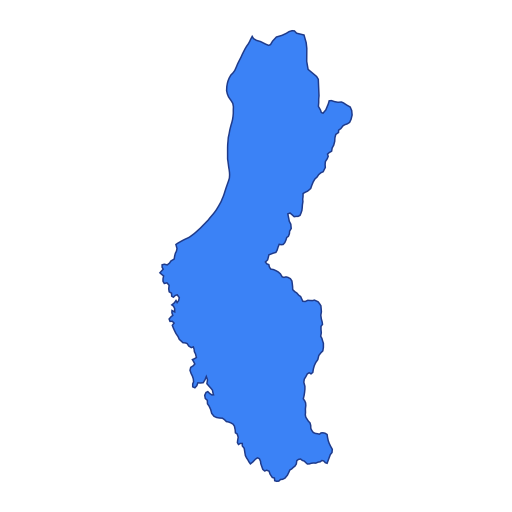 Barra do Ouro, Tocantins, Brazil
{"feature_id": "56859067B69652988679463", "entity_name": "Barra do Ouro", "entity_type": "district", "adm_level": 2, "iso_a3": "BRA", "parent_name": "Brazil", "parent_adm1": "Tocantins", "projection": "equal_earth", "projection_center": [-47.578, -7.712], "detail": "fine", "context": "isolated", "style": "filled", "palette": "blue", "viewbox_px": 512, "rotation_deg": 0, "n_neighbors": 0, "source": "geoboundaries", "source_scale": "gbopen_adm2", "svg_char_len": 5582}
<svg xmlns="http://www.w3.org/2000/svg" viewBox="0 0 512 512"><path d="M347.2,123.9L349.6,122.4L351.1,119.2L352.1,115.0L351.7,110.6L350.2,107.0L346.8,105.1L343.5,102.9L341.4,102.0L338.0,102.3L334.5,101.6L331.4,100.6L329.2,100.8L328.3,103.9L325.8,109.9L323.0,113.2L321.3,112.5L320.5,110.1L318.4,106.4L318.7,102.6L318.7,99.1L319.0,95.7L318.3,79.3L316.6,76.5L308.1,69.4L306.7,61.4L306.8,48.4L306.2,42.8L304.0,35.0L296.6,33.2L294.4,30.9L292.1,30.7L289.1,31.6L286.2,33.4L281.9,35.4L276.4,37.0L272.6,41.1L270.5,44.6L268.7,45.4L265.8,44.2L260.6,41.6L256.3,40.3L253.5,38.6L252.2,36.4L250.7,39.2L249.6,41.6L248.3,43.9L246.7,46.1L245.2,48.6L243.6,51.7L242.3,54.3L241.1,57.0L239.2,60.7L237.7,63.7L236.2,67.3L234.7,70.6L232.9,73.0L230.9,75.0L229.1,78.2L228.0,81.0L227.4,83.2L226.8,86.6L226.6,90.6L227.3,93.8L228.5,96.8L229.9,98.9L231.2,100.7L232.8,103.4L233.4,106.7L233.3,109.9L233.3,113.3L233.0,116.6L232.5,119.8L231.8,122.6L231.1,124.9L230.5,127.2L229.8,130.0L229.1,133.9L228.3,137.5L228.0,141.2L227.7,144.6L227.6,147.6L227.6,150.1L227.6,153.4L227.6,156.4L227.6,159.0L228.0,161.6L228.3,164.0L228.7,167.1L229.2,170.0L229.5,172.6L229.6,175.0L229.4,178.1L228.5,181.0L227.4,184.1L226.1,187.8L225.0,191.2L224.1,194.1L223.2,196.6L222.2,198.9L221.2,201.4L220.0,203.6L218.6,206.1L217.5,207.9L216.3,209.9L214.7,212.1L213.3,213.9L211.5,216.0L209.7,218.1L208.2,220.1L206.6,221.7L204.9,223.5L202.9,225.5L200.5,228.0L198.4,229.9L196.2,231.9L194.1,233.7L191.7,235.5L189.2,237.3L187.1,238.3L185.3,239.1L182.9,240.3L180.2,241.8L177.9,243.1L175.9,244.5L177.0,248.6L176.4,251.3L175.4,253.2L174.7,255.8L174.2,259.0L170.9,261.0L169.5,263.1L167.2,264.9L164.3,264.2L162.1,264.8L162.1,267.2L163.2,269.2L161.5,271.0L159.9,272.8L161.8,274.5L163.6,275.9L163.0,278.8L163.0,281.3L164.3,283.5L166.9,282.8L169.1,285.3L168.7,288.9L169.2,291.8L171.5,293.2L171.7,296.2L173.4,297.2L175.2,295.5L177.2,294.8L179.3,297.7L178.6,300.6L177.1,302.6L176.0,300.5L174.3,302.9L171.8,304.9L173.5,306.2L174.6,308.4L174.7,311.9L172.0,310.5L171.9,312.8L172.8,315.4L171.2,316.6L169.1,319.0L170.0,321.4L172.3,321.3L174.1,323.1L172.3,325.3L173.2,327.7L174.5,330.6L176.0,333.6L178.0,336.5L179.3,339.4L181.0,340.9L182.9,342.7L185.3,342.9L187.2,343.6L188.7,346.0L191.3,347.6L193.3,346.9L194.1,349.2L194.4,351.7L195.5,353.9L196.4,357.5L194.5,358.7L192.4,359.6L193.6,361.6L194.8,364.0L193.2,365.8L190.7,367.4L190.0,370.3L191.1,373.5L192.4,376.1L193.3,378.9L193.6,381.8L192.7,383.9L192.7,386.8L194.9,387.8L196.8,385.7L197.9,382.8L200.3,383.0L203.2,382.7L205.0,379.8L206.3,376.5L207.5,379.9L206.9,383.7L208.7,385.8L210.5,387.8L212.4,390.1L212.9,392.6L213.5,394.8L211.8,394.9L209.7,393.5L207.8,391.6L206.0,392.5L204.7,395.3L205.3,398.5L207.3,400.3L207.5,403.8L209.1,406.1L210.7,409.6L211.7,413.4L214.0,416.3L216.6,417.5L219.5,418.0L222.4,418.2L224.5,419.7L226.4,421.6L228.3,421.9L230.7,422.8L233.0,424.1L234.4,426.1L235.2,430.0L235.4,432.8L237.2,434.0L238.2,437.2L237.7,440.1L237.4,442.6L238.5,444.5L240.3,443.4L242.3,443.5L242.3,445.9L244.2,448.3L244.8,452.2L245.4,455.6L246.6,458.0L247.9,459.9L248.9,461.8L250.4,463.9L253.0,461.8L255.4,459.2L257.5,457.8L259.4,458.7L260.5,461.3L260.8,463.7L261.7,466.3L262.8,469.4L264.7,471.0L266.7,470.2L269.1,471.2L270.0,474.0L271.1,475.7L272.3,477.5L274.4,478.0L274.7,480.7L276.6,481.3L278.8,481.1L280.5,479.5L282.6,479.3L285.0,478.1L287.4,475.2L289.0,471.9L289.9,469.9L291.6,469.0L293.4,467.3L294.9,466.2L296.3,464.0L296.8,460.6L298.5,459.4L300.5,459.0L302.3,460.4L304.3,461.1L305.8,462.6L307.4,464.0L309.4,463.9L311.2,463.3L313.3,463.0L315.8,463.1L318.2,462.1L320.2,461.8L321.9,460.5L323.8,461.0L325.3,462.7L327.1,463.3L330.3,454.6L332.0,452.5L332.3,449.3L330.5,446.1L329.2,443.4L328.2,440.6L327.5,437.2L327.1,434.5L325.0,433.2L322.9,432.8L321.1,432.9L319.4,434.2L317.4,433.7L315.3,433.4L313.3,432.5L311.8,430.5L310.8,428.4L310.7,425.4L310.0,422.9L308.3,421.1L307.2,419.4L305.8,417.2L305.3,414.8L305.5,412.5L305.4,408.9L305.8,405.5L305.6,402.9L304.7,400.8L303.3,398.8L304.1,395.4L304.6,392.2L304.9,389.2L304.9,386.3L303.8,382.2L304.3,379.1L305.7,376.9L307.3,373.9L309.2,372.7L311.0,373.9L312.8,372.4L313.4,368.8L314.3,365.6L315.7,362.6L317.8,359.6L318.8,355.5L320.8,352.9L322.8,350.9L323.4,347.4L323.4,343.3L322.6,340.9L321.9,338.4L320.7,336.2L321.3,332.8L321.0,329.6L321.0,326.3L322.5,324.4L322.2,322.1L321.3,318.8L320.8,315.2L321.4,311.8L321.1,308.2L320.9,305.8L319.7,303.9L318.1,301.8L316.0,300.8L314.4,300.1L312.6,300.6L310.1,300.5L307.8,300.3L305.2,301.5L302.8,301.3L301.6,298.7L300.6,296.5L298.8,295.3L296.8,293.0L294.8,291.7L292.7,289.6L292.6,286.7L292.3,283.9L291.9,281.0L290.4,278.7L288.0,277.4L286.0,276.9L283.9,277.4L282.2,276.9L280.4,273.9L278.3,272.0L276.2,270.8L273.6,269.6L270.7,269.1L269.4,267.0L268.8,264.6L266.9,263.9L265.4,262.0L267.6,259.9L268.3,257.3L268.9,254.8L270.8,254.1L273.1,253.2L275.9,252.4L277.1,250.2L278.1,247.0L279.2,244.3L281.1,244.7L283.1,244.5L284.8,242.6L286.0,239.9L286.7,237.5L288.4,236.3L289.4,233.7L289.6,231.2L291.2,228.5L290.8,224.2L289.3,221.3L288.7,218.3L287.8,213.9L290.0,213.0L291.9,214.6L294.2,216.7L296.0,216.4L298.0,216.4L300.0,215.4L301.0,213.1L301.9,210.4L302.2,207.8L302.4,204.8L302.9,201.7L302.7,199.1L303.0,196.8L303.1,193.5L305.5,192.1L307.5,191.2L309.1,189.9L310.7,188.5L311.8,185.3L313.2,181.9L314.9,179.0L317.1,177.0L318.6,174.7L320.8,172.8L323.2,171.7L324.1,169.8L325.3,167.5L325.1,164.6L325.4,161.5L327.2,158.8L328.2,156.3L327.5,154.1L329.2,152.6L331.6,151.2L332.2,147.9L333.7,145.2L334.7,141.4L334.9,137.8L335.8,134.4L338.5,132.5L338.6,130.2L340.8,128.6L343.0,125.8L344.8,124.7L347.2,123.9Z" fill="#3b82f6" stroke="#1e3a8a" stroke-width="1.5"/></svg>